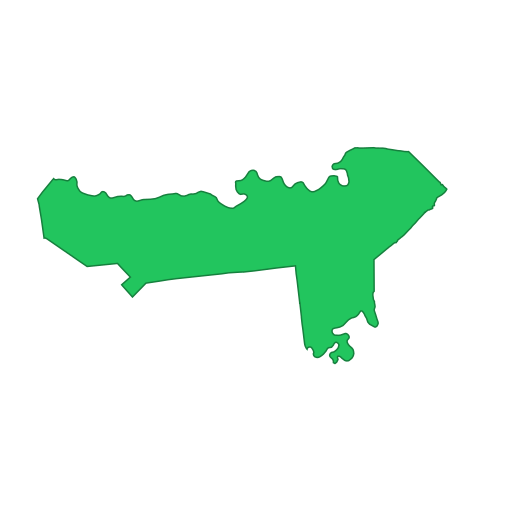 Balta Doamnei, Prahova, Romania (orthographic projection), rotated 166°
{"feature_id": "2599482B99497080352243", "entity_name": "Balta Doamnei", "entity_type": "district", "adm_level": 2, "iso_a3": "ROU", "parent_name": "Romania", "parent_adm1": "Prahova", "projection": "orthographic", "projection_center": [26.161, 44.772], "detail": "fine", "context": "isolated", "style": "filled", "palette": "green", "viewbox_px": 512, "rotation_deg": 166, "n_neighbors": 0, "source": "geoboundaries", "source_scale": "gbopen_adm2", "svg_char_len": 6102}
<svg xmlns="http://www.w3.org/2000/svg" viewBox="0 0 512 512"><g transform="rotate(166 256 256)"><path d="M54.7,274.7L55.4,275.9L56.2,276.9L57.1,278.3L57.4,279.2L57.9,280.2L59.1,280.2L59.6,282.9L60.4,283.7L72.3,303.5L82.7,320.4L83.9,320.6L86.8,321.5L90.2,323.0L92.9,323.9L98.2,326.2L102.9,328.1L103.0,328.3L104.1,328.9L106.7,329.9L113.5,331.7L115.6,332.6L126.9,335.0L129.6,335.7L131.0,336.3L133.9,337.0L136.2,336.4L139.3,335.8L143.0,334.8L144.2,334.1L145.3,332.5L147.1,330.9L149.0,328.8L150.3,327.7L151.4,327.1L153.5,326.4L154.7,326.3L157.4,326.6L158.3,326.5L159.2,326.0L160.0,325.2L160.5,324.4L160.5,322.2L159.6,321.3L158.0,320.6L156.1,320.4L154.5,320.5L152.8,320.3L149.4,319.2L148.5,318.5L147.9,317.7L147.6,316.6L147.4,314.0L147.6,312.3L147.3,309.5L147.8,305.5L148.2,304.7L149.4,303.1L150.1,302.6L151.0,302.3L152.7,302.4L154.9,303.0L155.5,303.4L156.6,304.5L157.5,305.5L158.1,307.0L158.4,309.6L157.8,313.1L158.2,313.7L160.9,315.0L163.3,315.4L164.8,315.5L166.2,314.8L170.3,310.2L171.5,309.2L173.7,307.9L176.7,306.4L179.0,305.4L183.6,304.4L185.3,304.5L186.7,305.0L188.1,306.1L189.8,308.4L190.4,309.5L191.7,312.6L192.5,315.6L193.6,316.7L194.6,317.1L196.0,317.1L197.9,317.1L200.6,316.5L202.8,315.1L204.0,314.2L205.4,313.7L206.9,313.9L208.4,314.8L209.4,315.8L210.4,317.3L211.2,319.2L211.6,320.9L211.9,324.1L212.2,325.4L212.7,326.7L214.0,327.4L215.8,327.8L217.7,328.0L219.9,327.3L223.4,325.7L225.5,325.4L227.8,326.0L231.0,327.8L233.1,329.4L234.4,331.6L234.9,334.2L235.0,336.3L235.6,338.1L237.3,339.7L238.5,340.0L239.8,340.1L241.0,339.9L242.4,339.4L247.1,335.1L249.1,333.9L250.7,333.2L252.5,332.9L256.8,333.5L257.6,333.2L258.0,332.5L258.1,331.1L258.8,328.8L259.2,325.3L258.6,322.8L257.4,320.6L256.2,319.6L252.5,319.2L250.8,317.8L250.2,316.9L250.0,315.7L250.3,314.7L251.1,313.8L252.5,312.8L254.4,311.8L258.0,310.5L263.1,309.1L266.0,307.9L266.7,307.8L269.7,308.8L271.5,309.8L274.2,311.9L277.2,315.0L278.8,316.9L279.8,318.8L280.4,322.1L281.4,323.4L283.9,325.6L285.2,327.2L291.3,330.9L293.7,332.1L296.6,331.8L299.1,331.1L302.2,331.3L304.1,331.9L306.6,331.9L308.0,331.5L311.1,331.4L314.0,332.4L317.3,335.5L318.6,336.1L321.4,336.3L326.4,337.1L329.5,337.2L331.1,337.2L335.6,336.4L339.8,336.0L344.8,336.6L351.6,338.0L353.1,338.1L354.5,338.0L357.0,337.9L358.5,338.0L360.1,339.0L360.7,339.7L361.3,340.8L361.9,342.8L362.5,344.3L363.4,345.7L364.2,346.1L365.9,346.4L366.6,346.3L367.8,345.8L369.7,345.7L372.3,346.6L375.9,347.2L381.4,347.0L383.1,347.4L384.2,348.2L385.3,349.9L386.3,352.8L386.6,353.6L387.4,354.5L388.0,355.1L389.0,355.5L389.8,355.6L390.6,355.3L391.9,354.3L392.7,353.9L394.2,353.5L396.4,353.1L398.3,353.2L400.5,354.1L404.5,356.0L408.4,358.6L409.8,359.7L411.2,361.4L412.4,364.8L412.6,366.3L412.7,367.4L412.5,368.8L411.8,371.1L411.9,373.9L412.2,375.0L413.0,376.6L414.0,377.0L415.4,376.9L417.3,376.1L418.9,375.0L420.3,374.5L421.4,374.8L424.3,376.4L426.1,377.2L428.9,378.1L431.4,378.3L432.6,378.7L433.4,379.5L433.6,380.0L435.0,379.1L447.8,369.6L454.1,364.4L454.0,358.3L454.3,356.2L455.3,343.4L457.3,324.6L456.6,324.6L455.9,324.3L454.8,323.4L428.8,293.9L422.4,286.7L392.2,282.3L389.7,277.7L383.0,265.9L393.3,260.6L392.8,259.5L385.8,246.1L369.3,256.3L355.7,255.0L347.3,254.3L338.7,253.3L303.4,248.4L293.5,247.0L286.6,246.3L276.2,244.4L273.2,243.8L272.1,243.5L261.3,242.0L238.9,239.4L220.1,236.9L221.3,229.2L222.0,222.4L224.8,200.7L225.0,199.7L224.8,199.7L226.6,186.2L226.8,185.3L227.7,178.8L228.2,174.0L230.0,159.5L230.1,158.1L230.0,156.5L229.5,154.3L229.3,153.8L229.0,153.2L228.7,153.8L228.0,154.4L227.3,154.7L226.6,154.8L225.4,154.6L224.9,154.3L224.4,153.8L223.9,152.7L223.3,150.7L223.2,149.9L223.2,149.1L223.2,148.6L223.4,148.1L223.8,147.7L224.0,147.0L224.1,146.2L224.0,145.4L223.7,144.7L223.3,144.0L222.4,143.4L221.6,142.9L220.5,142.6L219.5,142.6L218.4,142.8L216.4,143.5L214.3,144.5L211.1,146.8L209.4,148.6L207.9,149.5L206.4,149.3L204.8,149.2L202.4,150.9L201.8,151.7L201.1,152.3L200.1,152.9L199.2,153.0L198.5,152.6L197.7,151.7L197.3,151.0L197.0,149.6L197.8,148.3L198.0,147.5L200.2,145.6L202.2,144.6L204.1,144.0L205.6,144.2L207.4,143.6L208.5,142.1L208.6,141.0L208.2,139.8L206.6,137.3L206.3,135.5L206.7,133.8L205.4,132.6L203.5,133.4L201.5,135.7L201.5,138.1L200.9,138.9L199.8,138.8L198.8,138.1L197.9,137.0L197.5,136.2L195.2,133.3L194.0,132.5L193.1,132.2L191.4,132.0L189.1,133.0L187.8,133.6L186.3,135.0L185.5,136.1L184.7,137.7L184.4,140.2L184.5,141.9L185.3,143.7L186.9,145.9L187.7,147.5L188.2,149.0L188.4,150.4L188.1,151.6L187.7,152.3L185.7,153.8L185.4,154.3L185.2,155.0L185.2,155.7L185.5,156.8L186.1,157.9L186.9,158.7L187.6,159.1L188.4,159.2L193.1,158.8L194.9,159.0L198.6,160.1L199.3,160.6L200.3,162.4L200.5,163.2L200.5,164.0L200.4,165.0L200.0,165.7L199.6,166.3L199.1,166.7L198.2,166.9L197.2,167.0L194.5,166.8L191.8,166.8L188.5,167.5L186.8,168.5L184.8,169.8L181.7,171.7L178.2,172.8L176.4,172.7L174.4,172.9L173.6,173.1L172.3,173.7L170.7,174.7L169.1,176.2L167.9,177.2L167.2,177.3L166.8,177.1L166.2,176.6L165.5,175.2L165.0,173.8L164.6,171.4L163.8,168.8L163.5,164.9L162.7,163.2L162.2,162.3L158.9,159.2L158.0,158.4L157.6,158.2L156.8,158.3L155.8,158.6L154.8,159.6L153.9,160.8L153.7,161.4L153.6,162.7L153.7,163.6L153.9,165.6L154.1,170.1L154.4,173.7L154.4,174.8L154.2,175.5L153.6,176.6L153.1,177.3L152.7,178.2L152.5,179.9L152.4,181.9L152.1,183.2L152.6,185.3L152.1,189.8L151.7,191.1L151.2,192.2L150.4,192.9L149.9,193.2L142.5,223.6L142.5,223.9L142.2,224.1L129.5,230.2L127.7,231.1L125.7,232.0L124.8,232.5L121.8,233.7L121.0,234.2L119.1,235.0L118.3,235.4L118.0,235.4L117.2,235.1L116.7,235.1L115.9,235.9L115.2,236.3L115.0,236.5L114.8,237.0L114.4,237.3L112.1,238.3L110.6,239.1L109.9,239.3L107.1,240.7L102.0,244.0L99.1,245.7L97.6,246.9L96.5,247.7L93.3,249.6L89.2,252.6L88.5,252.9L82.6,256.7L82.1,257.1L81.5,257.3L81.7,257.6L80.3,258.0L77.9,259.0L77.3,258.9L76.4,258.8L76.1,259.1L74.1,259.2L73.3,259.4L73.1,259.6L73.2,259.8L72.9,259.9L72.8,261.2L72.8,261.4L72.5,261.6L72.1,261.8L71.8,261.7L70.9,261.7L70.7,261.8L70.5,262.4L70.5,263.4L70.1,264.1L69.7,264.8L69.3,265.1L68.4,266.0L67.3,267.4L66.6,268.6L65.3,269.2L61.0,270.4L58.5,271.6L57.7,272.0L55.9,273.4L54.7,274.7Z" fill="#22c55e" stroke="#15803d" stroke-width="1.5"/></g></svg>